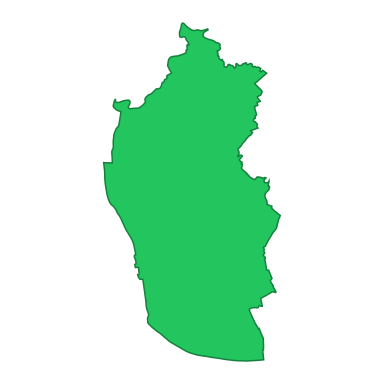 Vinh Tuong, Vĩnh Phúc, Vietnam
{"feature_id": "81297802B74371944720443", "entity_name": "Vinh Tuong", "entity_type": "district", "adm_level": 2, "iso_a3": "VNM", "parent_name": "Vietnam", "parent_adm1": "Vĩnh Phúc", "projection": "mercator", "projection_center": [105.503, 21.249], "detail": "fine", "context": "isolated", "style": "filled", "palette": "green", "viewbox_px": 384, "rotation_deg": 0, "n_neighbors": 0, "source": "geoboundaries", "source_scale": "gbopen_adm2", "svg_char_len": 5891}
<svg xmlns="http://www.w3.org/2000/svg" viewBox="0 0 384 384"><path d="M152.0,327.2L156.7,331.1L159.7,333.1L169.1,341.1L171.7,342.9L177.3,346.1L186.1,351.2L189.8,352.8L196.8,354.9L202.5,355.9L207.2,356.5L211.2,357.3L216.7,358.0L227.3,359.7L235.6,360.6L246.4,361.0L257.1,360.4L263.7,359.8L262.7,350.2L263.4,350.1L263.6,346.5L263.3,339.0L263.2,338.2L262.8,337.1L261.7,334.9L259.2,328.5L258.6,329.0L254.7,322.3L251.6,315.5L249.1,309.7L250.7,308.3L251.6,308.0L253.8,307.6L254.7,307.6L257.0,307.8L257.9,307.7L258.3,307.3L258.4,306.7L258.8,306.1L259.5,305.6L261.1,306.3L262.3,306.2L260.7,298.4L261.7,297.9L263.2,297.0L265.4,295.9L272.0,292.0L272.8,291.7L275.3,292.5L275.8,292.4L275.9,292.1L275.9,291.6L273.1,286.8L273.2,285.7L270.7,282.0L270.4,280.6L272.0,278.5L269.7,272.8L268.7,270.2L266.7,270.0L265.2,261.0L264.5,259.4L265.4,258.6L265.2,257.4L263.2,255.2L264.8,252.8L263.6,251.1L264.3,250.0L264.4,249.5L263.3,247.7L263.4,247.3L263.8,247.0L264.5,246.9L265.4,246.3L266.1,244.6L268.7,239.7L271.2,235.6L272.7,233.0L276.1,228.8L276.7,227.5L277.6,223.4L278.8,219.1L280.3,215.6L279.6,215.0L274.7,211.1L271.7,208.2L271.9,206.2L266.9,204.5L267.1,203.4L267.0,201.4L265.1,197.4L264.9,195.5L265.0,194.4L265.3,193.7L266.2,192.5L268.9,189.7L269.2,189.2L269.1,188.1L269.6,187.1L269.4,186.7L269.3,186.8L268.5,186.2L268.3,184.6L269.0,181.6L269.0,180.9L267.9,182.8L264.7,182.6L264.1,181.9L264.1,180.6L264.4,179.6L266.0,178.0L264.9,177.5L263.4,178.1L262.7,178.2L262.3,177.9L261.6,177.6L258.6,177.0L257.3,176.9L254.6,179.7L250.8,177.7L248.9,176.2L248.8,175.3L247.0,174.4L247.0,173.4L242.0,169.2L241.4,168.0L241.7,167.6L242.4,164.5L241.3,163.8L242.1,162.8L242.1,162.4L241.8,162.0L240.8,161.4L239.7,160.6L239.3,159.8L240.3,158.5L242.2,156.4L242.3,156.0L241.8,155.3L241.5,155.2L239.7,155.4L238.4,156.5L238.0,156.8L237.8,156.6L237.9,155.8L239.0,153.7L239.0,153.2L239.0,152.1L238.7,151.1L238.0,149.9L237.9,149.0L239.0,148.0L239.7,147.5L240.8,146.2L242.8,143.2L244.8,141.1L246.8,138.4L249.5,135.5L250.4,135.5L252.6,132.5L250.6,130.8L258.0,128.0L257.1,127.1L256.8,126.2L256.9,125.7L257.2,125.1L257.3,124.1L257.2,123.9L255.3,121.9L254.2,121.8L253.7,121.3L253.6,121.0L253.7,119.0L255.3,118.3L255.0,116.6L255.2,116.1L256.6,114.9L254.5,107.4L254.9,107.2L254.7,106.4L257.7,105.4L257.1,102.4L260.3,101.4L257.3,97.3L257.3,96.7L260.8,95.0L262.2,91.6L261.2,90.1L254.7,83.7L266.7,73.2L262.6,70.3L261.1,71.9L259.8,71.0L260.7,68.4L257.9,67.0L256.8,67.4L256.4,67.5L254.9,66.4L252.5,66.8L252.3,66.3L252.3,65.0L252.1,64.4L251.8,64.0L251.3,63.6L250.9,63.5L249.6,63.7L248.2,64.6L247.5,64.7L247.0,64.6L246.6,64.1L246.5,63.7L246.6,63.1L245.5,62.7L244.6,63.5L243.1,63.7L241.8,65.2L241.1,65.4L240.1,65.5L239.3,65.5L238.5,65.2L236.8,63.6L236.2,63.6L235.8,64.6L236.1,65.8L236.1,66.3L235.6,66.7L235.2,67.6L234.5,68.0L234.3,68.0L234.0,67.8L233.5,66.6L233.0,66.0L232.5,65.7L231.9,65.5L230.6,65.4L230.1,64.7L229.6,64.5L228.9,64.4L228.3,64.5L228.0,64.7L227.7,65.3L227.6,65.9L227.3,66.3L226.5,66.9L225.7,67.1L225.2,67.1L224.3,66.7L224.1,66.3L224.0,66.0L224.1,64.7L224.0,62.5L223.9,62.2L223.7,61.8L222.6,60.8L222.5,60.5L222.5,59.6L222.4,59.5L222.1,59.5L221.5,60.1L221.2,60.3L220.7,60.1L218.8,57.8L218.7,57.1L218.9,56.5L218.9,56.1L218.7,56.0L218.4,56.2L217.9,56.1L217.6,55.8L217.5,55.3L218.1,54.1L218.0,53.6L217.5,52.3L217.4,51.6L217.0,51.2L217.5,50.8L218.4,50.7L219.2,50.2L220.0,49.2L220.4,48.6L220.3,47.8L219.9,47.0L219.8,46.2L220.1,44.8L220.0,44.3L219.1,43.6L217.7,42.7L216.0,42.5L214.7,41.5L213.1,40.6L211.1,39.9L209.6,39.7L205.5,38.1L203.3,36.6L203.1,35.0L203.6,32.8L205.0,31.6L208.0,30.0L207.7,28.9L205.3,29.7L204.0,30.2L201.0,30.7L200.3,30.6L198.4,30.0L197.3,29.8L195.5,30.4L193.5,30.5L192.3,30.2L189.7,28.8L187.3,27.0L184.8,24.6L184.1,23.7L183.2,23.2L182.7,23.0L182.2,23.4L181.7,24.0L181.4,25.1L181.1,27.1L180.8,28.4L179.6,31.7L179.5,32.7L179.5,35.7L180.1,37.0L180.7,37.3L181.7,37.3L183.4,36.8L184.2,36.8L185.0,37.2L185.6,37.9L186.3,39.9L187.0,40.7L187.8,41.9L188.7,44.1L188.9,44.9L187.2,44.8L187.0,45.2L186.9,46.7L187.3,48.9L187.1,49.3L186.3,50.0L186.1,50.3L186.2,52.5L186.0,52.8L183.4,54.0L179.7,55.3L177.6,55.9L173.1,56.4L171.0,57.0L170.1,57.5L169.7,58.1L168.9,59.2L168.4,60.5L167.6,65.7L169.0,68.4L169.5,69.9L169.8,70.4L170.5,71.1L171.2,72.2L171.4,72.5L171.4,72.8L170.7,73.4L169.3,74.3L167.9,75.0L167.1,75.5L166.9,75.9L166.8,78.2L166.5,78.7L164.6,79.7L164.3,80.2L164.2,81.7L162.4,82.5L162.1,82.8L161.4,85.6L160.7,87.3L160.3,88.0L158.4,88.7L156.3,88.9L151.1,93.9L150.5,94.3L149.4,94.5L148.7,94.8L147.9,95.4L145.9,97.3L145.5,97.8L145.2,98.4L144.9,99.6L145.4,101.8L144.7,103.0L143.1,104.8L141.2,106.4L140.1,107.2L138.6,108.0L136.9,108.2L133.3,108.3L131.8,108.6L129.7,108.7L128.9,108.2L128.4,107.6L128.2,107.1L128.5,106.3L129.4,104.8L129.8,103.7L130.1,102.0L129.9,101.3L129.6,100.9L129.2,100.4L128.6,100.1L126.7,100.2L122.8,101.0L120.3,102.0L118.7,102.5L117.6,102.5L116.4,102.2L115.8,101.9L115.4,100.9L115.5,99.5L115.2,99.5L114.2,101.2L114.0,102.8L113.4,104.7L113.2,106.1L113.4,106.8L113.6,107.2L114.6,108.3L116.6,109.9L117.5,110.5L120.9,111.6L120.7,112.5L120.6,114.3L119.7,120.1L118.5,126.4L117.4,127.1L116.1,128.9L114.0,134.2L113.2,141.2L113.3,145.7L113.3,147.8L113.0,148.6L112.3,149.9L112.0,150.8L111.8,152.4L112.3,160.3L112.2,162.9L107.2,162.9L103.7,162.6L104.6,171.0L104.9,180.1L105.5,185.3L106.5,191.4L107.2,195.1L108.0,198.0L109.4,201.7L110.3,203.4L111.5,204.8L113.4,206.4L115.2,208.7L116.0,209.9L117.2,212.8L119.6,216.2L120.8,218.3L125.7,229.2L130.5,237.1L132.2,240.3L132.9,241.9L133.6,244.0L135.1,251.2L135.7,254.7L134.8,255.0L134.4,255.5L134.2,256.1L134.4,257.1L135.7,260.5L136.0,262.4L136.0,264.0L134.7,264.4L135.4,267.6L138.4,267.3L139.1,272.9L139.1,274.3L138.6,274.6L137.7,274.6L138.2,276.6L139.1,278.3L139.6,279.0L140.1,279.3L142.9,279.4L145.8,300.6L146.3,306.6L147.1,310.0L148.3,313.3L148.5,314.5L148.5,315.8L147.8,317.3L147.5,318.6L147.8,322.7L148.3,323.6L152.0,327.2Z" fill="#22c55e" stroke="#15803d" stroke-width="1.5"/></svg>